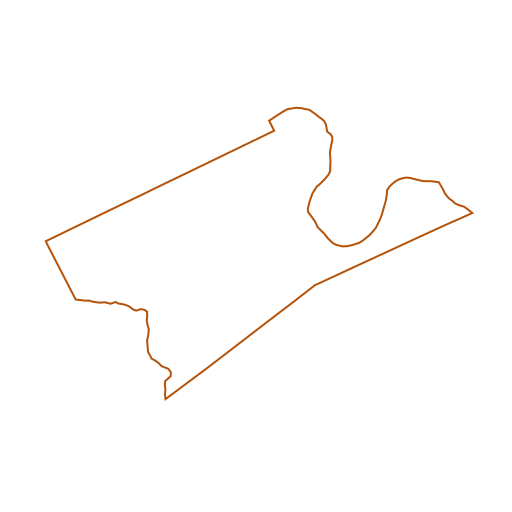 Inhangapi, Pará, Brazil, rotated 186°
{"feature_id": "56859067B74682309014302", "entity_name": "Inhangapi", "entity_type": "district", "adm_level": 2, "iso_a3": "BRA", "parent_name": "Brazil", "parent_adm1": "Pará", "projection": "albers", "projection_center": [-47.963, -1.457], "detail": "fine", "context": "isolated", "style": "outline", "palette": "amber", "viewbox_px": 512, "rotation_deg": 186, "n_neighbors": 0, "source": "geoboundaries", "source_scale": "gbopen_adm2", "svg_char_len": 1735}
<svg xmlns="http://www.w3.org/2000/svg" viewBox="0 0 512 512"><g transform="rotate(186 256 256)"><path d="M257.1,391.9L251.0,382.5L366.5,310.9L372.3,307.2L407.0,285.8L462.0,251.6L466.6,248.8L464.1,244.6L430.8,193.9L421.7,193.7L417.2,194.2L413.7,193.5L406.7,193.2L401.5,194.2L395.7,193.3L390.8,195.6L387.7,194.3L384.2,194.2L380.6,193.7L376.8,192.6L373.3,190.3L369.6,189.1L365.1,191.1L361.7,190.9L358.5,189.3L357.9,184.4L357.9,180.2L356.7,176.3L355.0,172.0L354.8,166.5L355.5,160.7L354.8,157.0L354.1,153.4L353.4,149.4L351.3,146.6L349.2,143.1L345.4,141.5L341.4,139.2L338.4,136.6L331.6,134.7L328.6,131.7L328.3,127.6L333.3,122.0L333.1,117.7L332.1,113.8L332.1,108.8L331.0,104.2L291.0,141.2L238.0,191.6L211.1,217.0L194.4,233.1L180.1,241.6L157.6,255.1L73.9,304.9L45.4,321.3L49.9,324.3L54.0,326.7L58.7,327.6L63.3,329.0L66.4,331.3L70.0,333.4L72.5,335.7L74.9,338.3L77.4,342.4L81.9,348.5L89.4,348.7L94.3,348.2L98.1,348.0L107.0,349.1L110.2,349.7L114.7,349.7L118.3,348.7L121.7,347.2L124.6,345.3L127.9,342.1L130.6,338.9L132.5,335.1L132.3,329.9L132.7,324.5L135.2,310.2L136.5,305.3L138.4,300.2L139.9,296.3L142.0,293.1L145.2,288.7L151.3,282.6L155.0,279.7L162.1,276.7L166.3,275.3L171.2,274.6L177.5,275.5L180.6,276.7L183.9,279.1L186.5,281.2L189.0,283.8L191.4,286.1L194.4,288.4L197.7,291.2L201.2,296.9L208.7,305.1L209.4,308.4L208.9,312.3L208.3,316.2L206.4,324.1L203.0,331.1L200.3,333.9L195.9,339.3L192.4,344.5L191.1,348.2L191.4,351.5L191.6,355.0L191.9,358.5L193.3,366.7L192.8,374.7L192.2,378.3L192.6,382.4L194.6,385.0L198.2,387.1L200.1,393.9L202.0,397.0L205.0,399.3L208.3,401.0L211.3,403.1L218.3,407.0L222.5,407.3L225.8,407.8L231.7,407.6L240.1,405.3L243.7,402.8L248.1,399.3L251.0,397.0L257.1,391.9Z" fill="none" stroke="#b45309" stroke-width="2"/></g></svg>